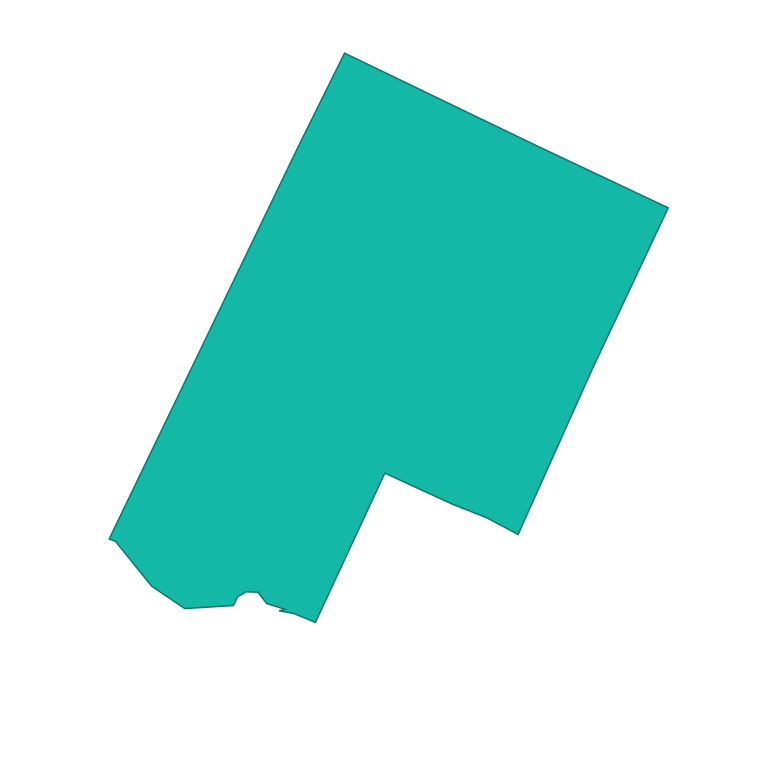 Montgomery, Missouri, United States of America, rotated 24°
{"feature_id": "52423323B31191129139810", "entity_name": "Montgomery", "entity_type": "district", "adm_level": 2, "iso_a3": "USA", "parent_name": "United States of America", "parent_adm1": "Missouri", "projection": "natural_earth1", "projection_center": [-91.47, 38.912], "detail": "fine", "context": "isolated", "style": "filled", "palette": "teal", "viewbox_px": 768, "rotation_deg": 24, "n_neighbors": 0, "source": "geoboundaries", "source_scale": "gbopen_adm2", "svg_char_len": 445}
<svg xmlns="http://www.w3.org/2000/svg" viewBox="0 0 768 768"><g transform="rotate(24 384 384)"><path d="M209.0,205.6L196.0,637.4L202.6,636.9L253.9,663.2L293.3,670.2L336.6,647.6L336.8,638.0L342.5,630.0L353.6,625.4L366.1,632.3L385.1,630.1L380.4,633.9L394.7,630.4L418.3,629.7L421.0,465.1L495.8,466.0L531.8,464.4L567.7,466.9L568.2,286.1L572.0,107.5L427.5,104.3L213.4,97.8L209.0,205.6Z" fill="#14b8a6" stroke="#0f766e" stroke-width="1.5"/></g></svg>